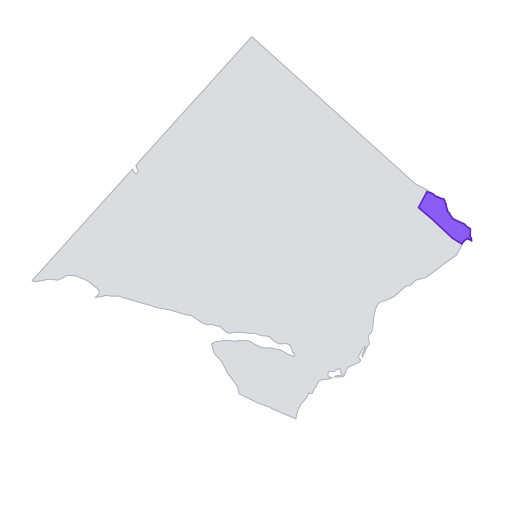 Salloum, Matruh, Egypt shown in context, rotated 132°
{"feature_id": "37247803B99889104547734", "entity_name": "Salloum", "entity_type": "district", "adm_level": 2, "iso_a3": "EGY", "parent_name": "Egypt", "parent_adm1": "Matruh", "projection": "mercator", "projection_center": [25.027, 30.642], "detail": "fine", "context": "in_parent", "style": "filled", "palette": "violet", "viewbox_px": 512, "rotation_deg": 132, "n_neighbors": 0, "source": "geoboundaries", "source_scale": "gbopen_adm2", "svg_char_len": 4857}
<svg xmlns="http://www.w3.org/2000/svg" viewBox="0 0 512 512"><g transform="rotate(132 256 256)"><path d="M424.1,405.9L415.1,405.9L406.0,405.9L396.9,405.9L387.9,405.9L378.8,405.9L369.8,405.9L360.7,405.9L351.6,405.9L342.6,405.9L333.5,405.9L324.5,405.9L315.4,405.9L306.3,405.9L297.3,405.9L288.2,405.9L279.2,405.9L274.0,405.9L274.9,403.3L275.4,401.4L274.8,400.1L273.0,399.8L271.9,400.2L269.2,405.7L267.8,406.0L264.6,406.0L254.0,406.0L243.5,406.0L232.9,406.0L222.4,406.0L211.8,406.0L201.3,406.0L190.7,406.0L180.2,406.0L169.6,405.9L159.1,405.9L148.5,405.9L138.0,405.9L127.4,405.9L116.9,405.9L106.3,405.9L95.8,405.9L95.8,399.2L95.8,392.5L95.8,385.8L95.8,379.1L95.8,372.4L95.8,365.6L95.8,358.9L95.8,352.1L95.8,345.3L95.8,338.5L95.8,331.7L95.8,324.9L95.8,318.1L95.8,311.2L95.8,304.4L95.8,297.5L95.8,290.6L95.8,283.7L95.8,276.8L95.8,269.9L95.8,262.9L95.8,256.0L95.8,249.0L95.8,242.1L95.8,235.1L95.8,228.1L95.8,221.0L95.8,214.0L95.8,207.0L95.8,199.9L95.8,192.8L95.8,185.7L95.5,184.4L94.0,179.6L92.6,173.4L91.1,165.8L90.9,163.4L88.4,155.6L88.1,153.3L88.8,151.7L92.9,145.1L94.2,141.9L95.3,138.0L95.6,134.9L94.4,130.1L92.9,125.7L92.5,121.3L92.3,116.9L94.4,113.9L96.9,111.1L97.9,109.4L99.4,107.4L100.5,106.5L102.5,110.5L106.9,111.1L121.0,107.6L136.6,111.2L145.2,112.5L158.4,115.5L166.5,120.8L168.7,121.5L174.5,121.4L178.3,124.6L193.4,126.1L201.4,129.5L206.0,132.3L208.8,133.2L211.2,133.0L214.5,132.0L218.6,130.0L223.1,127.3L232.4,120.4L235.7,119.1L237.9,119.5L240.5,119.4L241.6,117.5L243.0,116.2L243.9,114.7L245.3,112.9L250.1,112.4L259.9,109.4L258.8,110.8L249.9,114.2L253.7,114.7L257.6,113.5L262.0,112.8L262.8,111.3L263.4,108.6L264.3,108.2L267.3,108.7L276.5,112.9L278.7,113.0L285.2,110.7L286.5,110.2L288.6,111.5L293.4,116.7L291.7,116.6L286.6,112.1L286.2,114.3L283.3,118.3L286.9,120.0L289.8,120.6L291.4,122.8L292.4,124.7L295.3,123.9L297.4,121.2L296.3,119.8L295.6,118.2L296.5,118.2L298.5,119.4L304.3,124.5L306.3,125.5L308.5,125.3L313.2,123.9L314.5,124.1L320.8,122.3L321.5,123.6L322.6,125.0L327.7,123.5L335.6,123.5L342.1,121.9L349.7,117.9L350.3,117.3L350.7,118.3L351.6,121.0L353.9,127.9L355.9,133.2L358.4,140.7L359.1,143.5L359.5,145.5L363.0,153.6L365.1,160.3L366.7,165.7L368.8,173.6L369.8,176.4L368.3,177.8L365.2,182.9L361.9,199.1L357.2,211.7L356.6,219.6L355.9,222.4L353.6,226.4L350.9,230.3L346.1,228.2L338.2,221.4L333.6,214.9L328.7,210.7L324.1,205.1L322.8,201.1L322.8,198.5L320.8,192.2L319.3,189.2L313.6,182.4L312.0,178.8L310.8,177.2L309.5,175.0L307.5,166.2L305.2,160.6L302.7,162.1L303.1,164.5L300.9,167.7L299.5,171.5L300.6,174.6L305.2,179.3L306.1,181.3L307.2,185.7L307.1,191.7L307.8,193.8L311.3,198.2L312.5,200.8L313.3,203.1L314.4,205.2L317.8,209.0L322.8,216.4L327.5,221.3L330.9,223.7L332.3,226.1L332.6,232.2L332.4,235.2L335.4,240.7L336.5,243.4L339.4,245.7L340.7,248.3L341.9,252.5L343.7,264.9L346.2,267.9L353.9,284.1L360.4,294.4L363.6,302.0L368.4,311.2L377.8,331.4L383.4,337.6L385.6,341.1L389.7,343.8L394.1,347.7L389.9,347.3L388.8,347.6L387.4,348.2L386.7,350.6L386.4,352.5L386.9,362.6L388.0,367.8L391.7,377.5L394.5,380.5L395.8,382.3L397.7,383.7L406.4,387.0L411.5,394.1L423.0,402.9L424.1,405.3L424.1,405.9Z" fill="#d9dde1" stroke="#a8b0b8" stroke-width="1"/><path d="M109.3,111.0L109.2,111.0L108.9,111.0L108.4,111.2L108.1,111.3L107.9,111.4L107.4,111.5L106.9,111.5L106.7,111.4L106.3,111.4L105.7,111.4L105.2,111.4L104.4,111.3L103.8,111.2L103.3,111.1L102.6,111.0L102.2,110.8L101.5,110.7L101.3,110.5L101.0,110.2L100.9,110.0L100.8,109.6L100.9,109.4L101.0,109.4L101.3,109.3L101.3,109.2L101.2,109.1L101.1,108.8L101.0,108.6L100.9,108.2L100.7,107.9L100.6,107.7L100.6,107.4L100.5,107.1L100.4,107.0L100.5,106.6L100.5,106.4L100.4,106.5L100.3,106.4L100.3,106.1L100.2,106.0L99.6,106.9L99.1,107.3L98.8,107.7L98.7,107.8L98.6,108.0L98.5,108.3L98.3,109.7L98.1,110.2L95.3,112.2L95.0,112.5L94.6,112.9L94.2,113.2L92.5,114.6L92.4,114.9L92.5,115.7L92.6,116.3L92.6,116.6L92.8,116.8L93.0,117.3L93.2,117.9L93.2,118.0L93.2,119.2L93.0,121.5L92.9,122.3L93.0,122.9L93.0,123.0L93.2,123.6L93.3,124.0L93.8,124.9L94.2,125.8L94.5,126.7L94.7,127.5L94.9,128.3L95.1,128.9L95.3,129.6L95.8,130.5L96.0,131.5L96.0,131.9L96.2,132.8L96.4,133.5L96.7,134.2L96.8,134.6L96.6,135.1L96.4,135.7L96.3,136.0L96.2,136.5L96.0,137.3L95.9,137.7L95.8,138.2L95.7,138.7L95.6,139.5L95.2,140.1L94.9,140.6L94.7,141.0L94.7,141.5L94.8,142.5L94.8,143.1L94.7,143.3L94.3,144.2L94.0,144.6L93.8,144.9L93.2,145.4L93.0,145.8L92.8,146.3L92.5,146.8L92.3,147.1L92.1,147.4L91.3,148.3L90.7,148.8L90.4,149.2L90.2,149.5L90.1,149.9L89.9,150.4L89.9,150.7L89.8,151.1L89.6,151.5L89.3,151.9L88.9,152.5L88.7,152.9L88.5,153.3L88.3,153.7L88.1,154.2L88.0,154.5L87.9,154.8L89.0,156.3L89.6,156.9L89.8,157.7L90.1,158.7L90.4,159.6L90.8,160.9L90.8,161.0L91.3,162.5L91.6,163.3L91.6,163.8L91.5,164.5L91.3,165.9L92.6,169.2L93.7,171.9L93.7,172.0L111.3,167.7L110.8,150.4L111.3,124.0L111.4,122.0L109.3,111.0Z" fill="#8b5cf6" stroke="#5b21b6" stroke-width="1.5"/></g></svg>